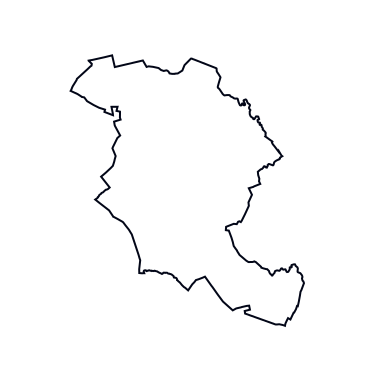 outline of Braslavas pag., Alojas, Latvia, rotated 167°
{"feature_id": "27541924B13565408041411", "entity_name": "Braslavas pag.", "entity_type": "district", "adm_level": 2, "iso_a3": "LVA", "parent_name": "Latvia", "parent_adm1": "Alojas", "projection": "mercator", "projection_center": [24.998, 57.744], "detail": "fine", "context": "isolated", "style": "outline", "palette": "ink", "viewbox_px": 384, "rotation_deg": 167, "n_neighbors": 0, "source": "geoboundaries", "source_scale": "gbopen_adm2", "svg_char_len": 5959}
<svg xmlns="http://www.w3.org/2000/svg" viewBox="0 0 384 384"><g transform="rotate(167 192 192)"><path d="M178.9,67.5L175.1,68.6L170.2,68.6L169.4,68.7L166.9,68.7L164.3,68.7L161.9,68.4L162.0,64.3L167.4,64.2L167.6,61.6L140.5,44.2L139.5,43.9L136.7,43.5L133.5,42.0L131.5,40.7L130.5,42.9L128.3,45.7L126.8,47.5L124.8,45.6L120.1,51.6L119.6,51.5L117.0,54.5L115.3,57.3L114.6,56.9L112.6,61.1L110.3,66.4L108.7,70.4L107.5,71.8L103.4,78.0L103.6,79.9L104.1,80.5L104.2,80.9L104.3,81.6L104.3,82.0L104.2,82.4L104.3,83.0L104.2,83.3L103.5,84.3L103.5,85.4L103.6,86.0L103.8,86.6L104.6,88.3L104.8,88.6L106.7,89.9L107.0,90.3L107.0,91.0L106.1,93.5L106.2,94.8L107.6,96.7L107.9,98.3L108.5,98.5L109.3,98.6L111.4,98.4L111.7,98.0L111.7,97.7L111.6,96.8L111.6,96.6L112.2,96.2L113.1,96.6L113.7,96.5L114.2,94.6L116.1,92.6L117.4,92.6L117.8,93.1L118.3,95.5L118.5,95.7L120.6,95.8L121.6,97.4L122.5,97.3L123.5,96.2L124.4,95.6L124.7,95.6L126.5,96.4L126.9,96.5L128.0,96.4L128.8,96.2L129.0,96.1L129.2,95.8L129.7,94.7L131.3,93.6L131.8,93.2L132.3,92.6L132.5,92.5L132.9,92.6L133.0,92.7L133.1,92.9L133.3,93.7L133.7,94.0L134.1,94.6L134.4,95.2L134.7,96.4L134.7,97.6L135.4,98.7L135.9,99.6L136.0,99.8L137.1,100.2L139.6,101.5L141.5,102.7L141.5,103.5L145.4,109.1L145.7,109.5L146.4,109.9L146.7,110.3L147.0,110.4L147.4,110.2L148.7,110.2L152.6,111.0L152.8,111.1L154.5,112.8L159.8,119.9L161.3,124.2L161.3,124.8L162.3,127.0L163.5,130.0L163.5,134.0L163.8,138.5L164.8,146.1L167.6,147.2L167.5,147.6L166.6,150.4L158.5,151.6L155.6,150.6L153.8,152.6L152.5,152.8L151.2,151.7L150.1,152.7L145.4,158.4L139.9,165.5L139.7,165.8L139.7,166.0L139.3,169.2L134.2,175.8L135.8,182.9L131.0,183.2L130.3,183.5L123.7,184.5L124.3,187.3L123.4,189.8L123.7,193.5L123.3,196.9L120.0,198.6L118.6,198.7L117.9,199.2L117.6,199.3L116.7,200.1L116.5,200.4L116.3,200.4L116.3,200.7L116.1,200.8L115.6,200.8L115.2,200.5L114.9,200.0L114.7,200.0L114.5,199.7L114.3,199.2L113.9,199.0L113.6,199.0L113.6,199.4L113.4,199.7L113.0,199.7L112.6,200.0L112.2,200.9L112.2,201.2L112.0,201.3L111.1,202.0L110.3,201.8L107.2,199.8L106.9,199.8L106.4,200.2L105.5,202.0L105.0,202.6L104.6,202.9L102.6,203.7L101.1,204.0L100.3,204.3L100.1,204.1L99.2,204.4L98.7,205.0L98.7,205.4L98.5,205.7L96.0,206.6L96.5,207.2L96.8,207.9L98.2,212.3L98.5,211.7L101.3,217.9L102.5,220.3L103.0,222.2L102.3,223.0L107.5,229.0L108.2,229.7L107.8,230.1L107.5,230.5L107.4,231.6L107.4,232.0L106.9,232.7L106.9,233.0L106.9,233.4L107.2,234.0L107.6,234.7L108.1,235.7L109.0,236.8L109.0,237.3L108.7,237.8L108.8,238.5L109.4,239.9L109.2,241.5L109.4,241.9L110.6,242.0L110.9,242.3L110.9,242.7L110.4,243.4L110.2,244.0L110.4,244.4L111.1,244.5L111.7,244.8L111.9,245.2L112.1,245.8L112.0,247.2L111.9,247.4L110.5,247.7L110.2,247.9L110.2,248.2L110.3,248.9L110.5,249.7L110.5,250.5L110.9,250.8L112.3,251.2L112.6,251.2L113.2,250.6L114.4,249.4L114.9,249.0L115.3,249.0L115.7,249.2L116.0,249.6L116.0,250.5L117.3,251.7L117.9,252.8L118.2,254.6L118.1,255.4L117.8,256.8L117.7,257.4L116.9,258.3L116.8,258.5L116.7,258.8L117.5,260.3L117.5,261.1L117.4,261.5L116.0,263.5L116.0,264.0L116.4,264.7L117.6,266.0L117.7,266.4L118.0,267.6L118.1,268.7L118.2,269.1L118.7,270.0L118.9,270.1L120.6,269.9L121.1,269.6L121.2,269.4L121.2,269.1L120.5,265.7L120.6,265.2L120.9,264.8L121.3,264.7L122.2,265.0L122.4,265.2L122.5,266.5L122.8,266.9L123.1,267.0L123.4,266.8L124.2,265.6L124.7,265.3L125.2,265.4L125.5,265.6L125.8,265.9L126.4,268.9L126.5,271.1L126.5,272.3L126.7,272.7L127.3,273.0L129.0,273.3L130.1,273.9L130.5,274.4L130.8,274.8L133.0,276.6L133.4,277.7L134.0,278.1L136.3,278.6L138.6,278.8L139.0,279.1L140.0,280.5L142.0,285.8L142.6,286.9L143.2,287.6L143.3,287.9L143.3,288.4L143.1,289.0L141.0,292.9L138.5,297.2L138.5,297.6L138.7,298.2L140.0,301.9L140.3,302.5L140.7,303.8L140.7,304.3L140.3,306.8L140.5,307.1L141.0,307.5L159.7,320.3L161.9,321.7L162.0,321.9L162.4,322.1L163.1,322.2L164.3,321.4L170.6,317.4L170.9,317.1L174.1,312.5L179.2,310.7L181.6,311.1L181.8,311.0L182.2,311.1L182.4,311.0L184.6,311.5L186.8,312.4L187.2,312.6L187.3,313.2L187.4,313.3L187.8,314.6L188.7,315.7L189.4,316.2L189.9,316.3L192.3,316.3L194.7,317.8L196.6,320.2L196.9,320.4L201.8,322.7L206.0,324.2L208.1,324.1L210.3,331.2L239.1,331.1L239.1,343.1L247.1,343.0L259.3,343.1L263.2,343.3L263.2,343.2L260.8,339.4L261.5,337.7L262.9,337.1L266.1,335.2L278.7,328.1L279.3,327.0L284.3,322.0L285.2,320.9L286.6,318.8L287.5,317.8L281.5,313.2L278.2,309.8L278.1,309.5L275.7,308.4L273.8,304.1L268.2,298.8L263.6,295.0L258.2,291.8L259.3,289.7L251.7,284.6L251.5,286.1L251.3,293.1L245.4,291.8L247.3,288.0L244.1,286.5L244.2,285.9L245.5,280.7L245.3,278.6L252.1,278.1L252.3,274.4L252.2,273.8L252.2,273.7L249.3,263.2L252.7,261.3L252.9,261.0L256.8,256.2L258.7,253.9L259.7,252.5L258.3,244.2L259.5,242.0L259.8,241.5L260.9,239.2L263.2,235.3L265.8,233.6L271.5,230.3L277.1,227.4L271.2,214.9L273.2,213.8L274.6,213.5L275.4,213.6L277.0,212.8L278.7,211.7L280.4,211.4L280.9,210.8L283.0,209.9L283.4,209.4L283.7,208.9L284.8,208.3L284.8,207.9L285.8,207.3L288.0,206.4L284.5,202.0L276.9,192.7L274.3,185.8L274.3,185.6L273.8,185.3L270.5,182.4L266.6,178.8L265.9,178.0L264.3,174.4L262.2,170.0L261.7,168.7L261.0,166.5L260.2,164.2L258.2,142.8L258.0,139.0L257.8,137.2L260.8,128.7L261.6,124.9L259.5,124.2L256.8,123.6L257.0,125.2L256.9,125.6L256.7,125.9L256.4,126.2L255.8,126.3L255.0,126.2L254.6,126.0L254.4,125.7L254.2,125.2L253.9,125.1L253.5,125.4L252.8,125.2L251.4,125.4L250.2,124.6L249.5,124.6L248.9,124.0L247.9,124.0L246.9,123.5L246.1,123.7L244.8,122.9L243.7,122.4L242.7,121.3L240.1,119.3L239.7,118.9L238.7,119.2L238.2,119.7L237.8,119.8L237.0,119.6L236.4,119.2L235.8,119.3L234.4,118.9L233.5,117.8L232.4,117.5L232.0,117.1L231.4,116.9L230.4,116.2L229.1,114.5L228.8,114.0L228.9,112.9L228.8,112.7L227.2,112.1L226.8,111.8L226.3,111.1L226.3,110.2L226.4,109.5L225.8,109.0L225.5,108.2L224.2,106.6L222.7,103.5L221.3,101.3L220.2,100.2L217.9,97.0L212.5,102.0L210.0,103.6L208.0,105.3L205.2,105.5L200.9,106.1L198.4,106.6L194.0,95.9L193.5,94.9L189.9,86.1L186.5,78.3L185.1,76.3L178.9,67.5Z" fill="none" stroke="#020617" stroke-width="2"/></g></svg>